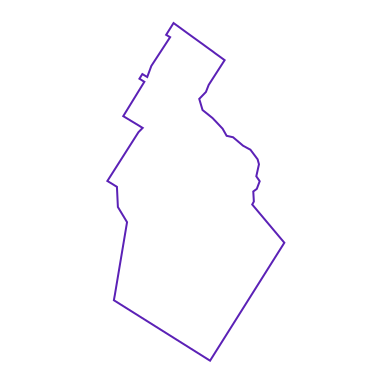 outline of Clinch, Georgia, United States of America, rotated 212°
{"feature_id": "52423323B41586767659607", "entity_name": "Clinch", "entity_type": "district", "adm_level": 2, "iso_a3": "USA", "parent_name": "United States of America", "parent_adm1": "Georgia", "projection": "orthographic", "projection_center": [-82.622, 30.883], "detail": "fine", "context": "isolated", "style": "outline", "palette": "violet", "viewbox_px": 384, "rotation_deg": 212, "n_neighbors": 0, "source": "geoboundaries", "source_scale": "gbopen_adm2", "svg_char_len": 711}
<svg xmlns="http://www.w3.org/2000/svg" viewBox="0 0 384 384"><g transform="rotate(212 192 192)"><path d="M87.3,58.5L86.8,197.9L134.3,213.3L134.5,216.7L140.3,224.9L138.7,229.0L140.3,237.0L145.8,239.4L149.9,251.0L153.7,254.5L164.8,258.8L173.2,258.3L186.2,260.2L192.4,258.0L199.6,261.9L213.8,265.6L226.5,267.1L235.2,274.8L233.2,284.2L234.6,291.7L234.2,321.1L239.8,321.5L241.2,321.6L245.9,321.9L249.0,322.2L252.4,322.4L256.7,322.7L281.6,324.4L297.2,325.5L297.2,311.6L292.6,311.7L293.3,277.4L290.9,265.8L296.6,265.7L296.6,260.2L290.8,260.2L290.5,219.9L267.8,220.2L269.1,214.4L269.6,156.5L258.4,156.6L246.9,140.0L231.1,132.0L202.8,63.6L200.9,58.8L87.3,58.5Z" fill="none" stroke="#5b21b6" stroke-width="2"/></g></svg>